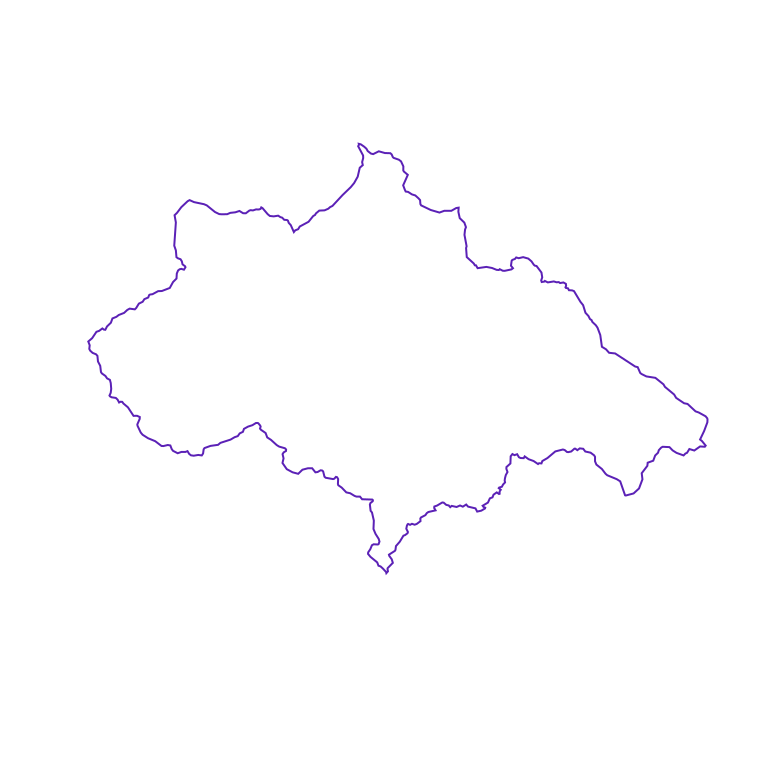 the district of Quilanga, Loja, Ecuador, rotated 316°
{"feature_id": "8360857B88871237564279", "entity_name": "Quilanga", "entity_type": "district", "adm_level": 2, "iso_a3": "ECU", "parent_name": "Ecuador", "parent_adm1": "Loja", "projection": "albers", "projection_center": [-79.384, -4.352], "detail": "fine", "context": "isolated", "style": "outline", "palette": "violet", "viewbox_px": 768, "rotation_deg": 316, "n_neighbors": 0, "source": "geoboundaries", "source_scale": "gbopen_adm2", "svg_char_len": 6166}
<svg xmlns="http://www.w3.org/2000/svg" viewBox="0 0 768 768"><g transform="rotate(316 384 384)"><path d="M254.3,521.7L256.7,521.5L258.1,519.4L258.8,519.0L266.1,518.8L267.8,515.5L268.4,511.3L269.0,510.2L275.9,511.6L277.0,511.3L280.0,508.9L285.8,508.4L292.6,506.6L294.1,507.3L297.2,507.7L298.4,507.1L299.5,503.6L302.1,501.8L303.6,501.3L304.1,501.4L304.9,503.4L307.0,504.0L308.3,506.5L310.3,507.4L315.0,508.0L316.7,506.0L317.9,505.7L322.7,507.1L325.0,506.6L327.0,506.9L333.3,510.7L334.0,508.0L335.1,507.1L337.7,508.3L343.6,509.7L344.5,510.8L344.8,514.2L346.2,516.3L346.1,518.6L348.0,518.7L350.8,522.9L354.3,524.2L355.5,527.0L359.4,527.8L359.3,530.6L363.4,537.0L362.4,540.5L366.0,542.7L370.2,543.7L370.9,543.3L370.2,541.5L370.4,540.1L376.4,541.5L380.7,539.8L383.3,540.9L385.9,539.7L389.8,540.3L390.3,543.0L390.9,543.3L392.5,541.6L394.5,541.2L394.2,538.6L394.9,538.5L397.4,539.8L399.9,539.0L402.7,538.9L403.8,537.2L405.6,535.8L408.4,534.1L411.7,533.1L413.1,530.0L414.4,528.8L419.7,529.0L424.9,524.0L427.7,523.6L428.4,525.8L431.0,527.0L430.2,530.4L430.8,532.1L433.0,534.4L434.9,533.8L435.8,538.6L438.1,543.3L439.2,548.6L440.5,548.7L442.1,550.5L444.4,549.4L450.1,550.8L460.4,551.5L467.2,555.4L468.1,557.0L468.4,560.0L469.2,561.0L471.8,562.6L476.1,562.8L476.7,563.4L477.1,565.9L480.1,566.3L482.3,569.0L481.9,572.4L484.9,576.9L485.6,581.3L485.2,583.0L482.1,586.2L480.8,589.5L481.7,596.5L481.0,602.5L481.2,604.7L485.3,614.1L486.3,618.1L480.1,631.5L480.5,632.2L487.5,636.1L494.9,636.3L503.7,632.1L507.4,627.2L516.6,625.8L519.0,623.8L524.4,626.2L529.4,623.8L533.4,623.8L535.7,622.5L539.1,622.3L540.8,622.7L545.5,627.7L545.5,632.3L546.6,636.8L549.9,643.5L552.5,643.4L554.2,644.0L558.5,642.9L561.0,647.4L568.0,648.5L571.2,652.0L572.6,651.8L573.1,645.9L572.8,643.5L581.6,640.2L590.0,636.2L592.1,634.2L592.7,633.2L592.9,630.6L590.6,623.1L589.1,620.1L588.5,609.2L586.5,606.3L584.5,596.9L585.4,593.1L584.1,581.2L584.8,578.4L583.5,568.1L578.0,560.8L576.2,555.7L576.0,554.0L578.2,548.1L576.8,545.9L571.5,522.6L567.6,517.9L567.8,513.2L566.6,508.6L573.6,499.0L576.7,491.8L577.2,488.9L577.0,484.1L577.7,482.2L577.3,480.3L578.3,477.1L578.4,472.7L582.0,465.6L582.4,461.3L585.2,449.2L584.4,447.4L582.2,445.0L582.8,443.0L581.6,441.3L581.7,440.5L583.2,439.9L584.4,438.3L583.6,435.6L580.8,433.7L580.5,432.1L578.8,430.7L577.4,428.2L572.4,424.7L571.3,421.6L570.5,421.7L568.3,420.2L569.0,418.7L571.9,417.2L574.7,413.2L575.7,405.1L574.7,403.6L574.6,402.3L575.3,398.2L574.9,394.0L572.2,389.4L568.3,387.1L567.0,384.8L565.1,385.0L562.5,383.9L561.5,384.0L557.5,387.1L557.2,390.3L555.3,390.1L549.4,386.4L548.1,385.0L547.0,381.8L545.8,381.8L544.3,380.1L542.3,375.6L539.0,370.9L531.8,365.7L532.6,362.5L531.8,361.7L532.3,359.7L531.7,350.2L537.5,343.2L539.1,342.3L545.5,332.6L549.6,329.2L551.9,328.1L553.9,323.7L553.7,317.3L557.1,311.8L560.2,309.0L558.2,307.6L552.8,306.2L547.7,301.3L543.0,299.2L538.5,291.3L534.8,281.3L535.2,279.8L537.7,276.8L537.8,274.4L537.5,270.1L535.8,267.0L534.8,262.6L533.3,260.6L533.9,258.8L535.8,254.4L546.4,250.1L545.9,245.0L546.2,243.8L549.1,240.9L550.9,235.7L550.5,233.0L548.0,228.0L548.0,226.8L549.0,224.2L548.9,222.4L545.1,218.5L541.9,213.0L535.9,211.1L534.7,209.2L534.1,205.1L534.8,202.5L534.6,199.6L533.8,195.5L532.7,193.7L532.2,194.5L530.6,195.0L527.7,205.1L526.0,207.0L522.4,209.2L520.8,211.8L516.8,211.6L509.1,216.6L502.1,218.7L496.9,219.3L485.4,219.3L470.6,220.1L468.1,219.3L465.7,219.2L461.9,217.8L457.9,214.3L453.4,214.0L452.0,214.5L449.7,214.0L442.4,214.9L432.8,212.2L429.8,213.0L426.9,211.8L424.7,212.1L427.3,205.0L427.4,201.9L428.4,199.7L428.1,198.6L426.3,196.6L426.3,193.6L425.4,192.0L424.8,189.4L421.1,186.8L418.6,183.8L418.3,181.0L418.8,173.1L418.4,171.7L416.9,172.3L415.3,171.6L413.2,169.5L410.3,168.1L408.8,166.3L407.6,165.7L403.2,165.2L401.3,163.3L400.2,159.1L396.3,157.2L392.3,154.1L389.1,152.9L384.8,148.8L383.5,147.3L381.9,142.9L380.6,132.4L379.4,129.6L373.7,121.2L371.9,116.7L369.7,116.1L361.0,116.0L354.0,117.1L350.6,117.1L346.5,123.2L329.2,138.8L327.1,143.3L322.8,148.6L323.1,150.5L324.3,152.9L323.8,155.3L322.2,158.0L322.7,161.2L322.3,162.1L319.5,162.8L318.2,160.4L316.7,159.5L314.7,159.3L311.7,160.6L308.0,164.0L303.1,164.1L296.6,166.1L288.8,162.8L286.0,160.3L279.9,158.6L277.8,157.1L276.8,156.9L274.5,158.0L270.6,156.5L267.5,157.2L263.5,155.9L258.5,157.2L256.6,157.2L253.4,153.1L250.8,152.4L246.4,152.3L241.1,150.1L238.2,149.8L234.2,148.2L230.1,150.2L224.7,150.2L221.2,151.4L220.3,150.3L220.0,148.4L216.0,147.9L213.4,146.7L205.9,148.3L200.8,148.0L199.2,151.7L196.4,154.0L195.8,155.9L196.0,159.2L197.5,162.6L197.4,164.7L193.9,169.1L192.5,173.8L188.7,178.8L188.4,180.4L189.2,184.7L188.7,187.6L189.7,190.6L188.1,193.5L184.4,198.0L181.3,200.5L178.5,201.6L178.3,202.5L178.8,204.3L181.4,207.7L181.5,210.2L180.6,213.3L182.1,213.7L183.3,215.0L183.0,217.0L183.6,222.9L181.7,232.9L184.3,235.4L185.4,238.1L184.0,239.4L178.5,241.7L177.7,242.8L175.3,249.9L175.1,252.8L176.6,259.1L179.7,266.2L180.9,274.0L182.2,275.4L186.1,277.7L187.6,279.8L186.1,283.3L185.8,285.5L187.5,290.5L191.0,292.1L193.9,294.9L196.0,295.8L195.3,298.9L195.6,301.2L197.3,303.4L201.1,306.0L203.3,308.8L205.6,308.3L208.9,305.7L210.4,305.4L216.2,308.0L222.4,312.5L225.4,312.7L235.0,317.4L239.6,318.5L242.6,319.9L245.9,319.3L249.3,320.4L252.1,319.0L256.6,320.2L260.7,322.2L264.8,323.1L265.8,324.0L266.3,324.8L266.1,327.8L265.7,328.9L263.8,330.0L263.7,331.5L264.8,337.0L262.9,341.3L263.9,345.7L264.4,353.4L265.1,356.2L268.1,361.4L268.1,363.1L267.0,364.1L264.3,363.5L262.3,364.0L260.1,367.7L256.1,370.3L254.9,377.7L256.9,384.0L259.9,389.0L265.8,389.0L270.8,391.8L273.8,394.7L273.3,399.9L275.1,401.2L278.4,402.0L279.4,403.2L279.5,404.6L276.8,409.3L276.9,410.9L281.3,417.0L282.5,417.6L284.9,417.4L285.5,418.5L285.0,420.5L281.4,423.9L280.8,425.1L281.6,429.1L281.6,435.8L283.8,439.1L285.1,444.1L286.0,445.9L288.5,448.3L288.2,451.7L295.3,459.0L295.3,459.9L294.4,460.5L291.6,460.2L290.1,460.9L286.3,465.9L286.1,468.1L281.8,475.2L275.7,481.0L273.8,485.9L272.6,491.7L271.3,494.2L268.9,495.4L268.1,495.2L265.2,492.1L263.3,491.6L259.4,493.3L255.7,494.1L254.5,495.1L254.2,498.9L255.2,507.6L253.8,510.9L254.8,512.8L255.0,515.9L254.9,520.7L254.3,521.7Z" fill="none" stroke="#5b21b6" stroke-width="2"/></g></svg>